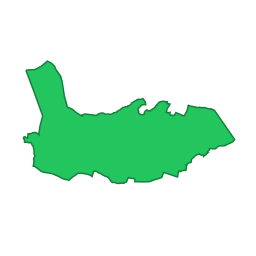 outline of Ixtapaluca, México, Mexico, rotated 186°
{"feature_id": "50627088B19998510456179", "entity_name": "Ixtapaluca", "entity_type": "district", "adm_level": 2, "iso_a3": "MEX", "parent_name": "Mexico", "parent_adm1": "México", "projection": "orthographic", "projection_center": [-98.802, 19.329], "detail": "fine", "context": "isolated", "style": "filled", "palette": "green", "viewbox_px": 256, "rotation_deg": 186, "n_neighbors": 0, "source": "geoboundaries", "source_scale": "gbopen_adm2", "svg_char_len": 5693}
<svg xmlns="http://www.w3.org/2000/svg" viewBox="0 0 256 256"><g transform="rotate(186 128 128)"><path d="M201.2,173.4L206.5,179.4L207.1,181.3L210.8,184.4L215.2,186.1L221.0,180.0L221.9,179.6L224.2,177.9L227.3,176.2L232.4,175.5L234.9,175.0L235.2,174.0L225.9,155.5L214.1,131.1L215.7,120.9L216.1,112.5L216.0,112.1L218.3,113.5L219.1,113.7L219.7,113.8L220.5,113.8L221.3,113.7L222.1,113.4L223.8,112.3L224.6,112.0L225.2,112.0L226.7,111.9L226.8,108.9L226.7,108.1L226.8,107.5L227.2,107.5L228.3,108.0L228.8,108.1L229.2,108.3L229.9,108.5L230.2,108.4L230.4,108.3L230.9,107.3L230.9,107.2L231.0,107.0L230.7,106.8L230.5,106.7L230.2,106.5L230.3,105.9L229.7,105.3L229.4,103.0L228.8,102.9L228.3,103.2L227.6,103.2L227.3,103.3L226.6,103.3L225.6,102.9L225.1,102.9L223.8,103.2L223.3,103.3L223.0,103.2L222.6,103.0L222.5,102.7L222.1,101.9L221.8,101.4L220.8,100.3L220.3,99.7L219.8,97.9L219.3,96.8L219.3,96.2L219.1,95.7L218.9,95.1L218.9,94.5L219.0,93.9L218.9,93.5L218.7,92.4L218.5,91.9L217.6,90.3L218.7,87.9L218.6,87.4L218.5,86.4L217.9,84.6L218.3,80.1L216.5,79.9L216.1,79.7L215.4,79.3L213.0,77.9L211.7,77.0L210.1,76.0L207.1,75.1L199.6,74.9L196.3,74.0L194.6,73.4L193.1,73.0L191.9,72.6L191.4,72.3L190.7,72.1L189.2,71.4L186.7,70.6L181.1,69.9L180.0,71.4L179.0,72.4L177.7,73.6L176.8,74.4L174.6,76.3L173.5,77.3L172.7,77.9L171.0,77.9L169.6,78.1L168.4,78.1L163.8,77.8L162.4,77.6L160.8,77.1L159.4,76.5L158.6,76.0L158.3,77.9L158.0,79.1L157.7,81.2L157.1,81.3L156.9,81.4L156.5,81.7L156.3,81.8L155.1,81.5L153.8,81.0L152.6,80.4L152.1,80.1L150.6,79.8L150.0,79.6L147.8,78.4L147.1,78.2L146.2,77.8L145.4,77.7L144.3,77.4L143.6,77.1L142.7,76.9L142.2,76.5L139.0,72.9L138.1,72.3L137.5,72.2L137.1,72.2L136.0,72.4L135.4,72.4L134.0,72.1L133.2,71.8L132.6,71.7L131.5,72.0L130.5,72.0L130.2,72.1L129.2,72.6L128.1,72.4L127.4,72.5L126.8,72.6L125.9,72.9L125.2,73.5L124.1,74.2L123.8,74.3L123.5,75.6L122.4,78.9L122.0,78.8L121.1,78.3L120.8,78.5L119.8,78.4L118.8,78.2L117.6,78.4L116.4,78.2L116.0,78.1L115.7,77.0L115.6,75.3L105.5,76.2L100.6,77.0L97.8,78.5L95.6,79.6L94.7,79.8L93.8,80.4L92.3,80.8L91.6,81.3L89.3,82.2L87.9,87.6L76.6,85.1L75.8,84.8L74.7,84.6L73.6,84.5L73.4,89.5L73.0,89.9L72.7,90.6L71.8,90.1L71.4,90.1L69.8,91.1L68.9,91.5L67.9,91.7L67.9,92.0L67.0,92.1L66.4,91.7L66.0,92.0L65.8,94.8L66.2,96.9L66.4,97.1L65.6,97.2L65.3,97.4L65.3,97.9L65.2,98.3L64.6,99.2L63.5,99.8L62.3,100.1L61.4,100.9L61.6,101.7L61.6,102.4L61.6,103.5L59.9,105.3L59.5,105.9L59.1,106.3L58.4,107.2L57.8,107.8L56.3,108.7L54.6,109.9L53.9,109.2L53.2,109.0L51.7,108.7L51.4,108.9L50.3,108.9L49.9,107.6L49.0,108.4L48.7,108.8L48.6,109.0L47.8,109.5L47.5,109.7L47.1,110.8L46.1,111.6L46.8,111.6L46.7,112.2L44.6,115.0L44.6,116.0L44.1,116.1L43.5,116.3L40.5,116.1L39.7,116.4L39.0,116.5L38.1,117.4L37.7,117.6L37.4,118.1L36.8,118.7L36.6,119.0L36.2,119.3L35.8,119.5L35.5,119.7L33.0,120.0L31.2,120.3L30.7,120.4L30.3,120.4L30.1,120.6L29.7,120.8L28.4,121.4L28.0,121.8L25.4,123.4L25.1,123.4L24.8,123.6L24.6,123.8L23.3,124.6L22.5,125.1L22.3,125.3L22.2,125.3L22.2,125.2L21.7,126.3L20.8,127.7L20.9,127.9L23.6,131.0L41.9,152.3L43.8,154.4L44.4,154.9L44.7,155.0L46.1,154.9L46.4,155.4L46.7,155.7L47.7,155.5L47.9,155.6L47.9,155.3L48.5,155.3L53.8,156.3L56.0,156.1L57.3,155.8L57.7,155.9L57.7,156.0L58.9,156.1L59.1,156.1L60.6,155.6L67.9,156.3L70.2,156.9L70.5,156.5L70.5,155.1L70.9,152.6L71.5,150.4L71.4,150.4L71.9,149.2L73.4,146.0L73.8,145.8L76.6,146.7L79.5,147.6L82.0,148.3L82.4,146.8L83.5,145.2L88.0,145.5L87.7,148.0L90.5,147.3L90.5,147.6L91.6,147.6L91.4,148.8L91.3,149.8L91.1,151.1L88.7,156.2L91.3,156.5L91.6,156.5L91.8,156.4L91.7,158.3L91.9,158.3L92.1,158.3L92.7,158.0L92.9,158.0L93.1,158.0L93.6,158.2L94.4,158.3L96.0,158.2L96.4,158.1L96.7,158.1L96.9,158.0L97.6,157.9L97.9,157.6L98.2,157.6L98.6,157.4L99.2,157.3L99.6,156.9L99.9,156.7L100.0,156.6L100.2,156.2L100.5,155.9L100.8,155.4L101.7,154.1L101.8,153.8L102.0,153.6L102.0,153.4L102.3,153.3L102.7,152.8L102.9,152.3L102.9,152.1L103.1,151.9L103.3,151.6L103.6,150.8L103.9,150.7L104.2,150.5L104.6,150.1L105.2,149.8L105.8,149.1L106.4,148.6L106.5,148.4L106.8,148.3L106.9,148.0L107.2,148.0L107.8,147.6L108.1,147.5L108.5,147.1L108.9,146.8L110.9,148.0L111.4,147.6L111.6,147.7L111.8,147.3L112.7,146.6L112.8,146.3L113.4,145.0L113.4,144.9L113.3,144.2L113.3,143.9L113.2,143.7L113.3,143.4L113.6,143.2L114.3,143.0L114.4,142.8L114.8,142.7L115.4,142.6L116.4,142.7L117.6,143.1L118.4,143.7L119.3,144.5L119.5,144.8L119.5,145.1L119.4,145.4L119.2,145.7L119.1,145.9L119.3,146.1L119.6,146.5L120.1,147.8L119.8,148.2L119.5,148.7L119.6,148.8L119.6,149.1L119.4,149.1L119.0,149.9L118.1,150.5L117.9,150.9L117.6,151.5L117.1,151.7L117.0,152.0L116.9,152.1L116.7,152.3L115.9,152.6L115.2,152.7L113.2,153.1L112.9,153.0L113.2,154.9L113.7,155.9L114.0,156.4L114.7,157.2L115.6,158.2L116.1,158.8L116.3,158.9L117.4,158.1L118.0,157.8L118.8,157.7L119.5,157.7L119.8,157.8L120.2,157.7L120.9,157.4L121.0,157.3L121.6,157.3L122.0,157.1L122.9,156.1L123.5,155.7L123.8,155.7L124.1,155.5L125.9,153.9L126.5,153.6L127.1,153.0L127.3,152.6L127.5,152.1L127.7,151.7L128.1,151.2L128.4,151.0L128.7,150.8L129.1,150.5L130.3,149.7L130.5,149.8L130.7,149.3L131.8,149.0L133.0,148.8L133.8,148.2L134.1,148.1L134.7,148.0L135.3,147.9L135.9,147.2L137.1,146.1L138.0,145.0L139.0,144.6L140.2,143.7L140.4,143.1L141.1,142.7L141.6,142.2L143.6,141.7L143.9,141.6L145.1,140.5L146.2,139.9L147.0,139.8L148.6,139.9L149.3,139.7L150.3,139.6L152.0,139.3L152.8,139.8L153.5,140.1L154.2,140.2L155.2,140.2L156.2,140.1L156.9,139.8L158.4,139.1L159.5,138.5L160.1,137.9L160.5,137.4L160.7,137.2L161.1,137.1L162.4,137.3L172.6,137.4L175.1,136.1L174.6,135.3L175.1,135.1L180.7,137.7L185.4,140.9L186.1,141.0L190.5,142.6L194.6,153.0L198.5,167.7L200.1,171.0L199.8,171.6L200.6,172.2L201.2,173.4Z" fill="#22c55e" stroke="#15803d" stroke-width="1.5"/></g></svg>